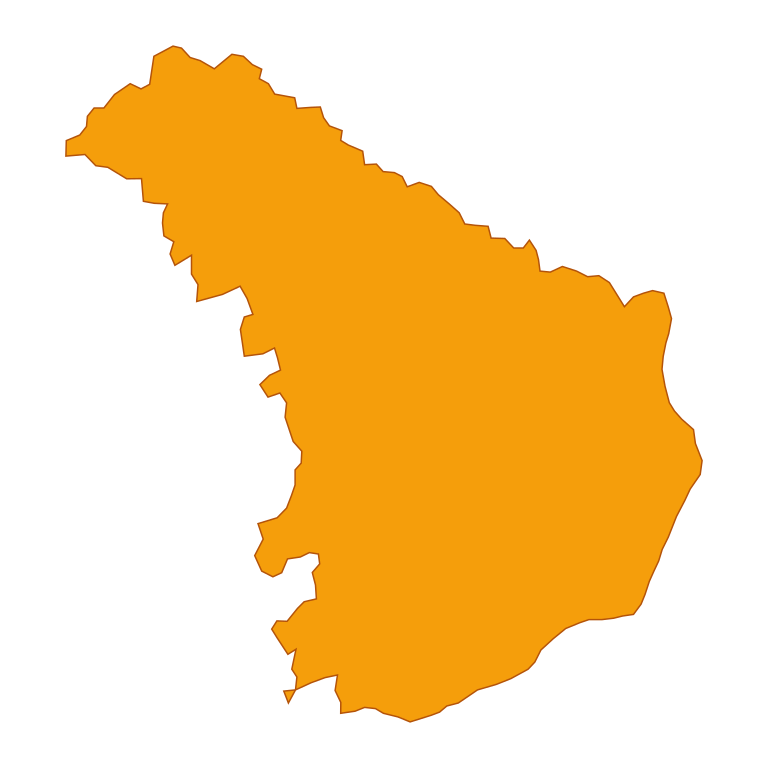 Lobato, Paraná, Brazil
{"feature_id": "56859067B51763712276093", "entity_name": "Lobato", "entity_type": "district", "adm_level": 2, "iso_a3": "BRA", "parent_name": "Brazil", "parent_adm1": "Paraná", "projection": "mercator", "projection_center": [-52.0, -22.979], "detail": "fine", "context": "isolated", "style": "filled", "palette": "amber", "viewbox_px": 768, "rotation_deg": 0, "n_neighbors": 0, "source": "geoboundaries", "source_scale": "gbopen_adm2", "svg_char_len": 2459}
<svg xmlns="http://www.w3.org/2000/svg" viewBox="0 0 768 768"><path d="M340.7,713.3L355.1,711.2L364.6,707.4L375.5,708.6L383.4,713.3L397.9,716.9L410.1,721.9L431.1,715.3L439.6,712.1L446.8,706.0L458.3,703.0L477.5,689.9L496.6,684.3L510.9,678.6L528.1,669.2L534.8,662.1L540.9,650.0L553.1,638.8L565.7,628.5L579.8,622.7L588.9,619.6L601.8,619.6L613.7,618.2L622.6,616.0L633.5,614.4L641.1,604.1L645.0,594.5L649.3,581.4L653.9,571.1L658.7,560.9L662.2,549.4L668.3,537.1L676.5,516.4L684.8,500.5L690.2,489.0L700.2,474.5L702.1,460.6L695.4,443.5L693.5,429.6L681.7,419.2L674.5,411.1L669.3,402.7L665.0,386.2L662.0,369.3L663.2,356.4L665.9,342.9L668.7,333.7L671.5,318.6L668.3,307.1L663.9,293.2L652.6,290.6L643.5,293.2L633.5,296.9L624.4,306.7L617.0,294.8L609.4,282.6L598.9,275.7L587.6,276.7L576.6,271.1L562.4,266.5L550.3,272.1L540.0,271.1L538.5,259.6L536.1,250.4L529.4,240.1L523.3,248.0L513.7,248.0L504.8,238.5L491.1,238.1L488.1,226.3L475.1,225.3L464.8,224.0L459.2,212.8L449.2,203.9L438.3,194.7L431.4,186.4L419.2,182.4L407.2,186.8L402.2,176.6L394.4,172.6L383.1,171.6L376.4,164.1L364.6,164.7L362.7,151.2L348.2,145.0L340.7,140.4L342.1,130.7L329.4,125.9L323.6,117.7L320.3,107.0L310.8,107.4L296.9,108.4L294.7,97.8L274.7,94.1L268.4,83.7L259.3,78.7L261.7,69.2L252.3,64.6L243.4,56.3L231.9,54.3L214.3,68.8L200.1,60.6L190.1,57.5L181.5,48.1L173.0,46.1L153.9,56.3L149.7,84.3L141.0,88.9L130.2,83.7L114.5,94.5L103.9,108.0L94.1,108.0L87.4,116.3L86.5,126.5L79.8,135.0L66.3,140.6L65.9,156.1L85.0,154.5L95.8,165.7L107.8,167.3L126.7,178.8L141.5,178.6L143.4,201.3L154.3,203.3L167.6,203.9L163.4,212.8L162.5,223.0L163.9,235.9L173.8,241.7L170.1,254.0L174.9,265.3L191.5,255.2L191.5,274.1L198.0,284.6L196.7,301.5L222.5,294.4L240.1,286.2L247.1,298.5L252.9,314.4L244.3,317.0L240.4,329.4L242.3,342.3L244.3,356.2L262.9,353.8L274.5,348.0L277.5,357.8L280.5,370.1L269.5,375.3L259.9,384.6L268.0,397.1L279.9,393.0L286.6,402.9L285.1,417.2L293.2,441.5L301.8,451.2L301.2,463.1L295.1,469.9L295.1,485.0L291.4,495.7L286.6,508.1L277.1,517.8L258.0,523.6L263.2,539.1L254.7,555.6L261.7,571.1L272.9,576.8L281.7,572.7L287.5,558.9L300.3,557.0L309.3,552.6L318.4,554.0L319.7,563.9L312.3,572.5L315.5,585.0L316.4,598.9L304.2,601.7L297.5,608.4L287.1,621.3L276.9,620.9L271.7,629.1L277.1,637.8L287.9,654.3L296.0,649.2L291.8,669.2L296.9,677.0L295.5,689.9L311.2,682.7L325.1,677.6L337.5,675.0L335.1,690.5L340.8,702.4L340.7,713.3ZM295.5,689.9L283.8,691.1L288.4,703.0L295.5,689.9Z" fill="#f59e0b" stroke="#b45309" stroke-width="1.5"/></svg>